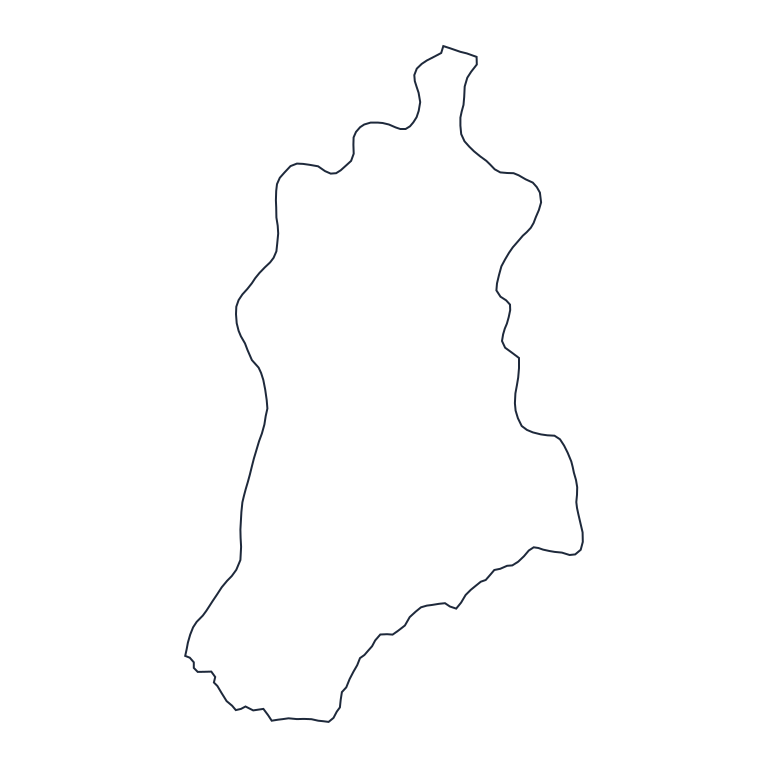 the district of Pirapora, Minas Gerais, Brazil
{"feature_id": "56859067B69954433860239", "entity_name": "Pirapora", "entity_type": "district", "adm_level": 2, "iso_a3": "BRA", "parent_name": "Brazil", "parent_adm1": "Minas Gerais", "projection": "natural_earth1", "projection_center": [-44.864, -17.379], "detail": "fine", "context": "isolated", "style": "outline", "palette": "slate", "viewbox_px": 768, "rotation_deg": 0, "n_neighbors": 0, "source": "geoboundaries", "source_scale": "gbopen_adm2", "svg_char_len": 3348}
<svg xmlns="http://www.w3.org/2000/svg" viewBox="0 0 768 768"><path d="M185.2,655.9L189.8,657.7L193.8,662.3L193.8,667.9L197.7,671.9L204.1,671.8L211.3,671.6L215.2,677.0L213.9,682.5L217.4,686.0L221.5,692.9L226.6,701.1L232.2,705.8L235.8,710.1L241.0,708.9L245.5,706.5L253.2,710.4L263.4,708.9L268.1,715.2L271.7,720.7L278.0,719.7L282.9,719.1L288.5,718.3L297.0,719.1L303.8,718.9L311.5,719.2L318.2,720.7L323.1,721.2L328.6,721.9L333.5,717.9L336.8,711.6L339.9,707.4L340.7,699.8L341.9,692.1L346.3,687.3L349.6,679.1L353.5,671.6L357.2,665.2L360.0,658.1L364.4,655.0L368.3,650.5L372.1,646.2L375.2,640.4L380.3,634.5L387.1,634.2L392.6,634.6L397.9,630.9L404.9,625.5L409.7,617.1L415.6,611.7L421.0,607.3L426.9,605.6L431.7,605.0L439.1,603.8L445.0,603.2L449.9,606.5L456.2,608.6L461.1,602.6L465.6,595.0L470.8,589.8L476.7,585.0L480.8,581.7L485.7,580.0L490.5,574.5L494.3,570.0L500.2,568.8L507.1,565.8L512.3,565.4L518.2,561.7L524.0,556.2L528.8,550.5L533.7,547.3L538.4,548.0L543.0,549.6L549.4,551.0L554.7,551.9L561.9,552.6L569.6,555.0L575.2,554.4L580.7,549.8L582.8,541.9L582.6,532.4L580.4,523.0L578.3,514.0L577.0,507.9L576.3,502.1L577.0,494.8L577.2,487.2L576.0,480.0L573.9,472.7L572.7,467.0L571.3,461.5L567.7,452.8L564.1,445.6L560.0,439.3L554.5,435.7L547.3,435.3L540.9,434.4L532.9,432.4L526.9,429.9L521.7,426.0L517.9,418.2L515.6,410.6L514.9,403.2L515.4,393.4L516.9,385.3L518.2,377.5L519.0,368.2L519.0,358.0L511.7,352.5L505.1,347.7L502.0,341.0L503.1,334.4L504.8,328.6L506.9,323.6L508.7,317.2L510.2,310.1L510.0,304.6L506.1,300.3L500.5,296.7L496.4,290.4L497.0,283.4L499.0,275.0L501.4,266.3L505.1,259.4L509.0,252.8L512.8,247.3L518.2,241.1L522.8,235.7L526.6,232.3L530.8,227.8L533.6,223.0L535.8,217.2L538.9,210.0L541.1,202.4L539.9,192.6L536.8,187.1L532.8,182.6L525.6,179.3L518.7,175.3L513.6,173.2L507.2,173.0L500.3,172.4L494.7,169.3L490.1,164.5L486.4,160.9L480.1,156.3L474.0,151.3L469.3,146.7L464.5,141.3L461.2,134.1L460.4,125.6L460.4,117.6L461.7,111.5L463.5,104.9L464.2,97.0L464.7,86.5L467.3,77.7L471.1,71.8L476.8,64.5L476.6,56.9L466.8,53.4L460.3,51.8L449.9,48.2L443.3,46.1L441.2,53.0L433.8,56.9L426.8,60.5L421.7,63.9L416.8,68.6L414.3,75.1L414.8,81.1L416.6,86.8L418.6,92.8L420.2,102.1L418.7,110.9L416.6,117.2L413.3,122.4L410.0,126.3L405.6,129.0L400.2,129.0L395.6,127.4L388.9,124.5L382.6,123.0L377.8,122.6L370.6,122.6L364.2,124.5L360.1,127.2L356.0,131.9L353.6,137.4L353.4,144.7L353.7,153.7L351.1,160.9L346.5,165.1L340.7,170.3L336.1,173.2L330.7,173.6L325.0,171.1L318.1,166.3L309.5,164.8L303.1,163.9L296.9,163.6L290.5,166.1L284.4,172.6L279.8,177.8L277.0,184.1L276.2,190.9L275.9,200.3L276.2,207.3L276.4,217.5L277.7,225.7L278.2,233.5L277.2,243.8L276.4,251.3L273.6,257.8L270.1,262.4L264.7,267.5L259.5,272.9L255.2,278.2L251.9,283.2L247.3,289.0L242.4,294.4L238.6,300.1L236.3,306.7L236.0,314.2L236.7,323.2L238.6,330.8L240.9,336.3L245.0,343.4L247.5,350.0L251.9,360.1L258.6,367.6L261.1,373.0L263.3,379.9L265.2,389.6L266.7,400.1L267.4,408.5L265.7,416.1L264.4,424.5L261.9,433.5L259.1,441.1L257.3,447.1L255.7,452.5L253.9,458.5L252.1,465.5L249.8,474.8L247.8,482.1L245.7,489.2L244.0,495.6L242.4,502.3L241.4,511.9L240.4,529.6L240.6,537.8L241.1,546.8L240.4,560.0L236.3,569.8L231.8,576.0L227.1,580.8L221.7,587.3L217.3,594.1L212.6,601.1L209.2,606.4L206.2,611.0L202.8,615.6L196.7,621.8L193.1,627.3L190.2,634.6L187.9,642.6L186.7,649.0L185.2,655.9Z" fill="none" stroke="#1e293b" stroke-width="2"/></svg>